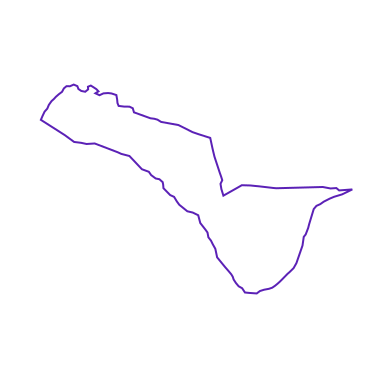 outline of Porto Real do Colégio, Alagoas, Brazil, rotated 277°
{"feature_id": "56859067B64843662211438", "entity_name": "Porto Real do Colégio", "entity_type": "district", "adm_level": 2, "iso_a3": "BRA", "parent_name": "Brazil", "parent_adm1": "Alagoas", "projection": "natural_earth1", "projection_center": [-36.729, -10.115], "detail": "fine", "context": "isolated", "style": "outline", "palette": "violet", "viewbox_px": 384, "rotation_deg": 277, "n_neighbors": 0, "source": "geoboundaries", "source_scale": "gbopen_adm2", "svg_char_len": 1726}
<svg xmlns="http://www.w3.org/2000/svg" viewBox="0 0 384 384"><g transform="rotate(277 192 192)"><path d="M221.2,117.2L220.1,125.5L208.5,139.5L206.8,146.7L203.8,149.4L201.0,154.3L200.7,158.1L198.2,161.7L195.7,162.5L192.3,163.2L186.3,170.7L185.0,174.8L180.8,178.1L177.8,180.9L172.3,189.7L171.7,195.2L169.7,201.0L162.2,204.0L156.2,210.0L153.7,212.3L149.0,213.8L146.0,216.8L142.8,218.9L138.4,222.1L130.2,224.9L121.6,233.9L118.0,237.9L115.1,241.0L112.8,242.8L110.2,244.0L107.0,246.7L104.1,249.8L102.6,253.5L98.7,256.8L98.8,261.0L99.2,268.6L102.0,271.5L103.8,275.5L105.3,280.2L106.8,283.3L109.0,285.8L111.4,288.1L113.7,290.1L116.5,292.3L122.3,296.7L124.4,298.6L128.8,302.1L134.1,304.3L152.3,308.2L161.1,308.4L163.7,310.0L170.5,311.7L174.4,312.2L189.9,314.9L193.4,317.2L195.6,320.8L198.5,324.0L202.2,329.5L204.6,333.7L207.9,341.2L214.1,350.8L211.5,337.9L213.5,334.8L212.4,329.1L212.9,321.2L206.0,275.2L205.9,272.0L205.8,257.7L205.7,254.2L205.6,249.1L204.8,240.6L202.6,237.7L192.2,223.6L198.5,220.8L203.6,219.3L207.4,220.6L210.7,219.1L214.3,217.3L229.8,210.0L235.1,208.0L238.4,206.8L247.9,203.5L250.2,191.3L251.5,185.2L256.8,170.4L257.8,152.8L259.6,148.9L260.1,145.6L260.1,141.8L264.0,124.7L267.9,123.0L269.1,119.5L268.5,114.4L268.5,108.7L271.2,107.2L274.8,106.4L279.0,105.1L280.0,100.1L280.0,96.7L279.1,92.1L276.8,88.4L278.2,84.1L280.5,86.9L282.4,84.6L283.8,81.8L285.3,78.6L283.8,75.9L281.2,76.4L278.5,73.8L278.8,69.8L280.4,66.7L283.1,65.3L284.2,61.5L282.1,58.0L281.7,54.5L279.2,52.2L275.6,50.8L272.8,47.9L269.9,45.3L267.5,43.6L265.1,41.5L261.0,39.3L257.1,38.2L253.8,35.9L249.3,34.4L245.2,33.2L233.0,58.7L227.3,68.9L227.3,75.9L226.8,81.5L228.3,89.5L222.4,113.4L221.2,117.2Z" fill="none" stroke="#5b21b6" stroke-width="2"/></g></svg>